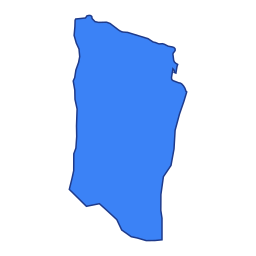 Al Qubbah, Robinson projection
{"feature_id": "LBY-2986", "entity_name": "Al Qubbah", "entity_type": "Municipality", "adm_level": 1, "iso_a3": "LBY", "parent_name": "Libya", "parent_adm1": "", "projection": "robinson", "projection_center": [22.615, 31.87], "detail": "fine", "context": "isolated", "style": "filled", "palette": "blue", "viewbox_px": 256, "rotation_deg": 0, "n_neighbors": 0, "source": "natural_earth", "source_scale": "10m", "svg_char_len": 1211}
<svg xmlns="http://www.w3.org/2000/svg" viewBox="0 0 256 256"><path d="M75.7,19.0L85.3,18.0L85.8,17.6L86.7,16.1L87.1,15.8L89.0,15.4L90.0,15.4L91.0,15.8L91.7,16.4L91.9,16.9L91.9,17.6L92.2,18.7L95.0,21.6L98.5,22.4L106.6,22.2L110.1,23.5L118.7,30.1L120.4,31.1L121.9,31.8L123.5,32.1L127.6,32.4L148.1,38.7L152.9,41.9L154.4,42.3L155.4,42.5L158.3,43.7L159.5,43.9L162.5,43.7L164.5,44.3L168.2,46.2L172.1,46.9L173.9,47.5L175.0,48.6L175.2,50.1L174.7,51.2L173.2,53.1L172.9,54.1L173.7,60.4L174.5,62.1L175.9,63.4L177.7,64.4L177.0,66.5L175.9,73.1L174.1,72.4L174.4,71.4L174.2,70.5L173.7,69.7L172.9,68.8L171.5,77.4L171.7,79.5L173.0,80.6L178.4,82.7L180.3,83.1L181.7,83.9L183.5,85.9L184.9,88.2L186.0,91.3L186.7,91.8L186.6,92.4L183.8,101.6L179.5,114.0L175.1,130.3L174.0,149.0L171.0,165.4L163.4,176.7L160.9,194.5L160.8,210.4L162.0,218.2L162.0,239.8L155.0,240.5L146.2,240.6L137.3,238.0L131.2,236.7L121.7,230.0L116.8,219.6L106.2,209.8L99.4,203.7L86.4,206.3L69.3,189.4L72.0,178.4L73.7,170.7L73.8,153.8L75.9,148.1L76.7,136.5L76.5,125.9L77.1,109.0L75.0,99.4L74.8,90.2L73.2,81.0L74.7,77.7L75.9,70.0L78.6,62.4L79.7,56.7L79.0,49.0L76.3,43.1L74.1,35.4L74.9,26.7L75.1,20.2L75.7,19.0Z" fill="#3b82f6" stroke="#1e3a8a" stroke-width="1.5"/></svg>